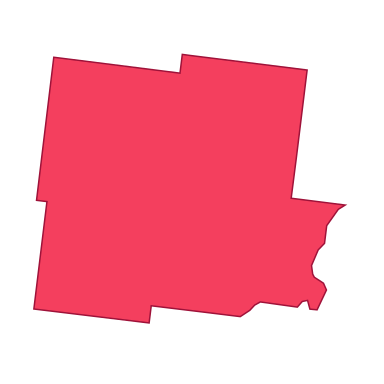 the district of Dunn, North Dakota, United States of America, rotated 97°
{"feature_id": "52423323B13029471752961", "entity_name": "Dunn", "entity_type": "district", "adm_level": 2, "iso_a3": "USA", "parent_name": "United States of America", "parent_adm1": "North Dakota", "projection": "equal_earth", "projection_center": [-102.465, 47.402], "detail": "fine", "context": "isolated", "style": "filled", "palette": "rose", "viewbox_px": 384, "rotation_deg": 97, "n_neighbors": 0, "source": "geoboundaries", "source_scale": "gbopen_adm2", "svg_char_len": 555}
<svg xmlns="http://www.w3.org/2000/svg" viewBox="0 0 384 384"><g transform="rotate(97 192 192)"><path d="M327.4,334.7L327.3,281.5L327.2,218.6L309.9,218.6L309.8,163.3L309.8,128.9L302.4,120.2L296.6,116.0L292.8,110.8L293.4,73.4L287.2,69.2L285.5,64.1L293.9,60.7L293.7,53.5L272.9,46.6L266.5,50.4L261.7,60.2L258.8,62.2L250.4,64.4L234.1,59.7L226.8,54.2L209.0,54.2L191.4,44.7L186.3,38.4L186.1,92.8L146.1,92.6L56.9,92.6L56.7,210.5L56.6,218.4L75.5,218.4L75.1,345.6L219.2,345.3L219.2,334.8L327.4,334.7Z" fill="#f43f5e" stroke="#9f1239" stroke-width="1.5"/></g></svg>